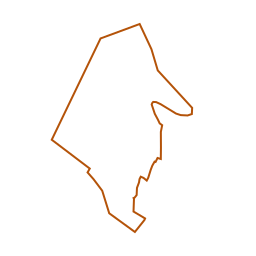 outline of Darwin Waterfront Precinct, Australia, rotated 145°
{"feature_id": "25037944B77006542086789", "entity_name": "Darwin Waterfront Precinct", "entity_type": "district", "adm_level": 2, "iso_a3": "AUS", "parent_name": "Australia", "parent_adm1": "", "projection": "equal_earth", "projection_center": [130.846, -12.469], "detail": "fine", "context": "isolated", "style": "outline", "palette": "amber", "viewbox_px": 256, "rotation_deg": 145, "n_neighbors": 0, "source": "geoboundaries", "source_scale": "gbopen_adm2", "svg_char_len": 733}
<svg xmlns="http://www.w3.org/2000/svg" viewBox="0 0 256 256"><g transform="rotate(145 128 128)"><path d="M63.9,107.7L70.6,158.1L63.6,179.1L58.8,206.5L99.1,217.1L197.2,162.1L182.6,116.7L186.6,114.8L185.6,106.0L185.5,103.4L185.1,91.4L192.3,68.9L182.0,38.9L167.3,43.2L165.9,44.1L171.4,56.4L163.7,66.6L163.6,67.4L162.5,67.2L159.4,68.1L155.0,73.8L150.2,77.1L147.9,79.5L145.5,80.8L143.9,78.2L142.8,74.2L140.0,75.6L133.4,80.7L129.7,83.2L125.5,85.2L124.9,84.4L121.0,86.5L118.9,83.8L112.3,93.0L103.3,106.0L98.4,110.7L99.4,113.6L98.7,117.7L97.9,124.3L96.2,130.0L95.5,132.4L95.1,133.7L93.9,134.5L92.4,134.9L90.1,133.1L87.6,128.8L80.4,112.3L77.4,108.3L72.0,104.1L67.7,102.8L63.9,107.7Z" fill="none" stroke="#b45309" stroke-width="2"/></g></svg>